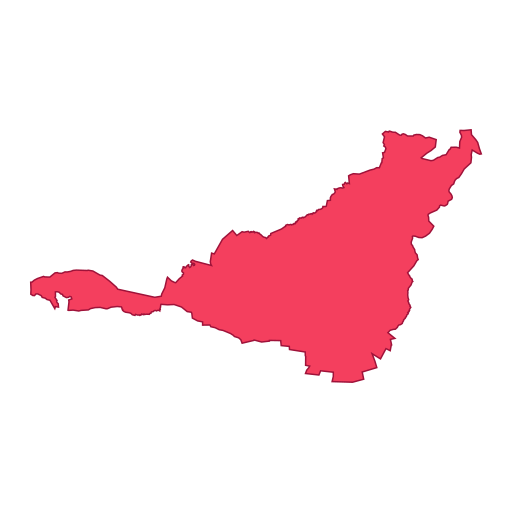 outline of Lazarea, Harghita, Romania
{"feature_id": "2599482B18628071663922", "entity_name": "Lazarea", "entity_type": "district", "adm_level": 2, "iso_a3": "ROU", "parent_name": "Romania", "parent_adm1": "Harghita", "projection": "orthographic", "projection_center": [25.497, 46.771], "detail": "fine", "context": "isolated", "style": "filled", "palette": "rose", "viewbox_px": 512, "rotation_deg": 0, "n_neighbors": 0, "source": "geoboundaries", "source_scale": "gbopen_adm2", "svg_char_len": 6072}
<svg xmlns="http://www.w3.org/2000/svg" viewBox="0 0 512 512"><path d="M352.6,382.2L363.7,379.2L362.2,372.0L376.8,367.6L375.0,361.5L372.1,353.7L380.5,358.9L386.0,348.6L390.2,350.7L391.3,344.8L391.6,344.8L390.4,339.4L394.9,338.4L387.9,332.7L390.1,330.3L393.2,329.4L395.4,329.2L397.4,327.3L397.9,326.1L398.9,325.0L400.6,324.6L402.3,323.4L402.6,322.2L403.6,320.6L403.6,319.8L405.3,318.2L405.4,317.4L406.3,316.7L406.9,314.8L407.9,314.1L408.3,313.1L407.8,312.4L409.1,311.6L409.0,310.9L409.6,310.2L409.4,310.0L409.6,309.1L410.8,307.3L409.9,306.1L410.1,305.3L408.8,303.6L408.9,303.1L407.9,300.9L408.7,299.8L408.0,297.6L407.7,294.9L407.9,292.8L407.7,290.5L408.2,290.1L408.4,288.2L411.0,285.0L412.1,282.0L412.8,281.5L412.3,280.7L412.1,279.1L411.3,278.6L410.3,277.3L409.6,276.3L409.6,275.8L408.7,274.8L407.6,272.7L413.8,265.9L416.9,260.6L418.2,259.6L417.6,257.9L417.1,254.8L415.4,252.9L414.8,251.0L414.7,249.7L413.1,247.1L412.5,245.5L411.4,244.3L411.2,242.1L412.6,238.2L412.4,236.4L413.1,236.0L415.3,236.2L418.8,237.5L422.1,237.7L425.6,236.1L429.5,233.2L432.2,229.3L433.8,226.2L428.8,221.1L428.6,217.2L428.0,215.4L428.2,214.3L430.2,213.0L436.8,210.1L439.4,207.2L439.6,205.8L440.6,205.1L443.9,205.9L444.8,205.9L445.9,205.3L447.2,204.4L447.6,203.6L448.1,201.2L451.6,199.3L452.3,197.7L452.0,196.0L451.1,194.2L449.1,191.8L448.9,190.4L449.3,188.9L451.4,185.5L453.7,183.9L454.4,181.6L455.2,180.0L456.7,178.5L458.8,177.5L461.4,173.8L464.2,169.0L470.9,162.8L471.5,157.3L471.2,154.7L472.2,150.0L477.5,153.2L479.8,154.2L481.3,153.9L479.5,148.9L477.7,142.5L475.8,139.7L471.5,134.7L471.1,129.8L464.0,130.5L460.1,130.4L459.9,132.3L461.4,135.2L461.6,137.3L459.8,141.6L459.5,148.0L456.2,147.2L451.1,147.3L449.9,149.4L449.2,149.6L446.1,154.7L442.5,155.4L439.6,157.2L437.8,157.5L433.4,160.3L431.0,160.7L422.0,158.5L421.2,157.8L426.8,153.2L431.1,150.5L435.3,147.0L436.2,139.6L429.2,137.2L425.5,138.0L422.5,135.8L419.8,134.6L416.4,134.5L413.8,135.1L413.2,136.0L407.5,136.0L405.4,134.5L403.4,133.8L402.0,134.2L401.1,135.3L399.7,135.1L395.4,132.3L392.8,132.2L389.6,131.1L389.1,131.2L388.6,132.0L385.4,131.4L382.4,134.0L384.5,136.8L383.1,142.6L384.4,144.6L383.8,146.0L385.4,147.1L385.9,148.7L384.5,152.4L382.6,152.8L383.4,157.8L382.2,158.6L381.8,162.7L381.3,162.9L379.4,167.7L376.6,167.7L374.1,169.1L370.0,170.1L359.4,174.1L353.3,173.7L350.3,174.8L348.6,175.8L349.4,183.6L347.7,183.0L346.9,183.8L345.3,182.4L344.8,182.8L344.2,184.2L342.6,184.5L342.8,185.8L343.9,187.6L342.2,188.1L340.9,187.7L339.1,188.0L336.6,189.0L336.7,189.3L334.4,188.9L335.2,191.4L335.0,192.6L333.6,194.1L332.3,194.5L330.9,196.5L330.4,197.7L330.4,200.3L327.4,200.6L326.3,206.1L325.9,206.5L322.9,206.5L322.8,207.6L321.8,208.7L320.1,209.4L318.8,209.4L318.2,209.8L318.1,210.1L317.1,210.4L316.9,210.9L316.6,210.6L315.8,212.4L314.5,213.1L313.6,212.8L313.0,213.5L312.7,213.3L312.1,214.1L311.9,213.7L310.9,213.7L310.2,214.2L308.9,214.1L308.3,214.8L307.3,214.7L305.3,216.8L304.2,217.4L303.2,217.3L303.1,217.7L302.2,217.3L301.3,218.1L300.2,218.0L300.3,218.6L299.8,217.9L299.3,218.2L299.0,218.9L298.7,218.6L298.1,218.9L298.2,220.1L296.9,221.2L297.2,221.2L296.9,221.8L296.0,221.8L295.8,222.7L295.4,222.6L295.1,223.7L293.9,223.6L293.6,224.3L293.3,224.1L291.6,224.9L290.9,224.4L289.0,224.9L287.4,224.5L285.6,225.4L285.6,226.4L284.6,226.8L281.5,229.0L270.8,233.5L270.6,235.2L268.6,236.0L268.1,237.2L267.6,237.2L266.6,238.5L265.4,237.5L263.6,237.1L262.6,236.4L260.8,234.6L260.1,234.3L259.2,233.1L258.3,233.3L258.2,232.9L256.9,232.3L255.7,232.5L254.1,231.6L254.1,232.3L253.2,231.6L252.2,232.1L251.2,231.6L250.9,231.7L251.2,232.2L249.6,232.6L248.3,231.3L244.1,232.2L242.1,231.7L236.8,235.5L232.6,230.5L222.5,239.3L214.3,253.9L211.6,253.1L210.3,261.7L210.7,264.0L211.5,265.5L195.4,261.3L192.5,260.0L191.2,261.0L190.7,262.0L192.3,263.3L194.0,263.4L194.7,264.3L194.4,265.3L193.5,265.5L192.7,264.3L191.8,264.2L191.3,264.6L191.3,265.5L190.8,266.7L189.8,267.5L188.7,266.2L188.8,264.9L188.4,264.7L186.3,266.5L185.7,267.7L185.0,267.8L183.9,266.7L183.1,266.9L183.0,268.5L182.3,269.3L181.8,271.0L182.3,272.0L183.5,272.9L183.4,274.3L182.2,275.1L182.5,276.1L179.3,278.7L175.7,282.7L174.7,282.5L171.4,280.9L167.5,277.2L166.8,279.0L164.8,287.8L161.7,294.1L161.3,296.2L154.8,297.3L117.7,289.2L116.3,287.1L109.6,281.2L102.3,275.5L100.0,275.1L92.9,271.0L88.1,270.2L87.2,270.5L76.5,270.1L73.2,270.4L70.8,271.3L67.1,272.0L65.0,271.9L61.9,273.3L58.7,273.2L57.4,272.6L55.0,272.9L49.8,277.1L44.6,276.9L43.6,276.4L37.5,278.5L34.4,280.1L32.0,282.1L30.7,282.2L31.0,289.8L30.8,294.2L32.8,295.5L34.5,295.6L36.0,293.9L37.7,293.9L41.2,295.6L42.2,297.4L45.3,298.2L46.9,299.5L50.0,300.3L54.8,308.6L55.4,306.6L58.5,307.1L58.2,303.7L56.9,302.4L56.6,300.4L56.9,300.3L54.9,297.3L55.5,296.4L55.4,291.9L57.0,291.7L59.1,292.2L60.7,293.9L62.5,294.4L63.0,295.8L66.4,297.6L68.5,297.3L69.8,296.4L71.2,296.9L71.8,298.9L68.7,300.0L69.0,301.8L68.0,310.2L68.7,310.4L73.1,310.1L78.8,311.0L81.0,310.4L88.4,309.9L90.5,308.6L95.1,307.6L100.2,307.4L106.1,308.8L107.5,308.7L111.0,307.2L117.2,306.5L121.4,306.9L121.8,307.6L122.0,309.0L122.7,309.5L122.6,310.3L124.0,311.5L125.6,312.2L129.5,312.8L131.1,313.5L132.3,314.7L134.4,315.3L135.0,315.4L135.6,314.4L137.9,315.1L139.2,314.9L139.8,315.4L140.4,314.9L140.9,315.1L141.8,314.0L143.0,314.6L143.8,314.1L143.9,314.6L146.4,314.2L149.3,314.3L149.6,313.6L150.9,313.3L151.2,312.3L151.5,311.9L153.0,311.7L154.3,310.6L155.8,310.5L156.6,310.9L157.4,310.4L158.7,310.3L159.7,310.9L159.7,310.0L160.3,309.7L160.2,309.2L160.0,309.5L159.7,309.1L160.4,307.7L160.8,304.6L161.0,304.3L167.5,304.8L174.1,304.5L181.5,307.0L187.2,311.6L191.2,312.2L191.8,313.2L192.4,318.1L197.6,320.9L202.6,321.9L202.6,325.1L209.9,325.0L210.8,326.7L215.2,327.7L219.2,329.7L223.0,330.4L230.5,333.5L233.3,335.3L234.4,336.5L238.6,337.8L240.8,339.7L242.1,343.2L253.9,340.4L254.1,340.0L261.6,342.0L269.4,341.1L269.4,340.4L280.7,340.6L281.2,345.6L289.3,346.4L289.5,349.5L305.2,352.0L305.3,355.7L305.7,356.5L305.6,365.3L309.7,366.1L308.8,367.7L306.7,370.2L305.5,373.5L318.9,375.0L320.6,370.8L333.3,372.2L333.3,376.5L332.1,381.6L352.6,382.2Z" fill="#f43f5e" stroke="#9f1239" stroke-width="1.5"/></svg>